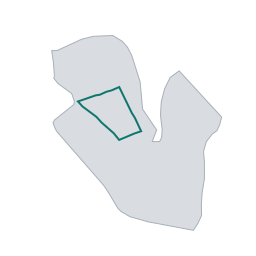 Randa, Tadjourah, Djibouti (highlighted), rotated 285°
{"feature_id": "41766387B54529132802745", "entity_name": "Randa", "entity_type": "district", "adm_level": 2, "iso_a3": "DJI", "parent_name": "Djibouti", "parent_adm1": "Tadjourah", "projection": "mercator", "projection_center": [42.697, 12.023], "detail": "fine", "context": "in_parent", "style": "outline", "palette": "teal", "viewbox_px": 256, "rotation_deg": 285, "n_neighbors": 0, "source": "geoboundaries", "source_scale": "gbopen_adm2", "svg_char_len": 1051}
<svg xmlns="http://www.w3.org/2000/svg" viewBox="0 0 256 256"><g transform="rotate(285 128 128)"><path d="M196.4,162.6L187.4,176.8L175.9,194.9L162.8,215.6L154.7,215.7L148.3,214.5L144.0,211.0L135.0,207.2L124.9,207.0L115.3,210.5L99.0,214.9L84.3,216.4L72.5,218.8L62.6,221.7L53.8,220.2L46.1,217.6L44.4,195.6L42.6,171.8L42.8,153.1L45.5,142.9L47.9,138.9L61.8,124.6L66.6,118.9L82.5,95.3L96.1,75.1L106.3,60.0L109.5,57.1L113.8,54.2L116.8,55.0L136.6,69.6L140.1,69.2L146.7,64.7L152.7,49.1L156.9,43.4L158.7,43.6L171.4,39.2L183.0,34.3L184.4,39.4L201.8,60.3L207.5,70.6L213.4,89.4L210.3,99.9L205.8,106.7L199.1,112.8L175.8,127.7L150.0,137.2L133.5,156.2L121.2,154.9L123.1,162.1L127.6,162.9L134.8,161.6L149.0,156.0L161.7,153.4L175.3,153.2L187.6,155.6L196.4,162.6Z" fill="#d9dde1" stroke="#a8b0b8" stroke-width="1"/><path d="M140.7,72.8L137.0,78.5L130.6,94.6L126.4,101.1L119.3,115.5L114.2,122.5L124.0,135.1L128.3,141.5L139.6,132.0L143.6,127.7L165.3,108.9L160.1,102.4L157.3,97.6L152.9,92.3L151.2,88.4L140.7,72.8Z" fill="none" stroke="#0f766e" stroke-width="2"/></g></svg>